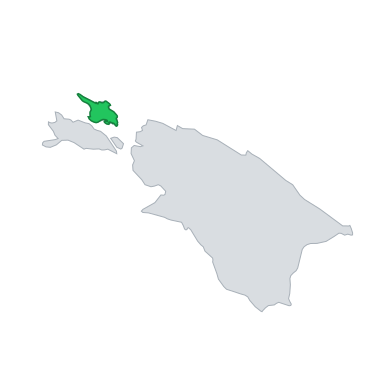 Hiiu on a map of Estonia (Equal Earth projection), rotated 32°
{"feature_id": "EST-1660", "entity_name": "Hiiu", "entity_type": "County", "adm_level": 1, "iso_a3": "EST", "parent_name": "Estonia", "parent_adm1": "", "projection": "equal_earth", "projection_center": [22.694, 58.888], "detail": "fine", "context": "in_parent", "style": "filled", "palette": "green", "viewbox_px": 384, "rotation_deg": 32, "n_neighbors": 0, "source": "natural_earth", "source_scale": "10m", "svg_char_len": 3684}
<svg xmlns="http://www.w3.org/2000/svg" viewBox="0 0 384 384"><g transform="rotate(32 192 192)"><path d="M314.8,256.4L313.6,256.6L306.4,255.8L298.4,253.3L294.9,251.4L291.5,251.4L287.4,252.6L272.8,256.2L269.2,255.4L260.6,251.9L256.3,248.0L246.6,240.4L245.8,238.6L244.5,237.1L234.4,235.3L230.6,232.5L227.5,232.1L222.9,230.7L211.0,224.7L208.0,224.1L207.3,225.1L207.6,226.6L206.8,227.4L205.3,227.3L202.6,225.2L199.2,223.2L189.1,226.9L185.4,227.8L182.2,228.0L166.1,232.8L161.2,235.4L159.2,235.1L159.6,232.7L166.2,220.6L167.2,211.0L169.7,209.7L170.4,208.4L169.3,205.3L162.3,203.4L159.5,203.7L157.0,206.9L154.4,209.3L148.3,210.7L142.9,208.2L130.5,204.9L127.3,200.5L126.6,196.0L120.0,191.7L117.2,186.7L118.3,183.2L124.2,180.9L125.9,178.9L118.4,179.2L116.9,178.7L116.6,176.9L113.2,170.7L116.1,168.3L117.4,166.0L115.0,164.0L115.6,161.7L117.5,159.4L116.3,154.1L123.6,151.3L130.8,149.3L145.9,148.3L144.4,143.4L150.5,143.2L160.8,137.4L171.0,138.4L185.8,134.4L214.2,134.5L218.1,132.2L217.3,129.9L217.4,127.4L222.7,128.1L231.7,127.7L265.4,132.5L273.6,132.5L285.2,137.5L291.4,138.7L309.6,138.7L337.8,140.9L343.1,137.6L343.6,136.7L346.4,138.6L349.9,141.6L350.9,143.3L349.8,144.3L346.4,145.2L345.7,146.1L344.3,147.7L340.4,148.0L338.4,149.1L336.1,154.3L331.9,162.8L325.3,169.3L319.9,172.8L317.5,175.6L316.1,178.9L315.9,182.2L321.9,200.4L322.0,203.6L320.8,207.0L320.1,210.5L320.9,213.5L324.6,218.6L328.7,226.3L330.4,231.2L332.9,233.0L335.3,234.3L335.9,235.1L335.8,236.0L334.6,237.0L324.0,239.6L322.6,241.7L321.6,244.2L317.0,247.8L315.7,251.2L314.9,255.0L314.8,256.4ZM72.0,189.0L75.6,190.5L78.9,190.0L82.3,189.0L89.6,189.9L106.3,197.4L107.9,199.4L97.9,200.3L95.6,202.6L93.2,204.2L90.4,204.7L85.6,208.0L79.1,211.1L77.7,212.9L65.9,212.6L59.4,213.7L54.2,217.2L52.0,223.9L48.2,229.2L44.3,231.1L40.2,231.4L39.3,229.4L39.7,227.4L48.3,220.0L50.1,217.6L45.8,216.5L42.3,214.0L34.5,211.0L33.1,208.6L35.0,208.4L36.7,207.7L38.8,205.7L39.7,203.3L33.6,196.6L36.8,195.5L40.7,195.8L44.7,197.7L49.2,195.4L51.1,195.1L54.1,195.9L57.3,191.4L64.7,190.0L68.4,188.6L72.0,189.0ZM87.5,176.4L83.4,179.4L80.9,178.2L79.6,176.8L74.2,183.6L68.2,184.8L64.6,183.4L65.0,180.9L61.5,174.2L56.3,172.3L48.9,172.1L43.6,169.3L64.2,167.5L66.3,164.3L70.5,161.0L73.6,160.6L76.3,161.4L76.8,164.0L77.5,165.0L86.8,166.5L90.4,170.8L91.8,176.0L87.5,176.4ZM108.9,193.3L104.6,193.9L94.6,189.6L96.9,186.7L99.8,185.5L108.3,187.3L109.5,191.8L108.9,193.3Z" fill="#d9dde1" stroke="#a8b0b8" stroke-width="1"/><path d="M55.5,172.3L52.2,172.8L50.6,172.7L43.9,170.4L43.0,169.8L43.6,168.8L45.5,168.6L49.3,168.9L64.2,167.7L63.2,167.3L63.1,166.9L63.8,166.7L64.9,167.1L65.5,167.1L65.4,164.9L66.3,164.4L67.4,164.3L68.3,164.1L69.1,163.6L69.8,162.7L69.9,162.2L69.9,161.7L70.0,161.2L70.5,160.7L71.0,160.5L73.2,160.7L74.5,160.8L76.0,161.1L76.9,161.7L75.7,163.4L76.2,164.4L77.2,165.2L78.0,165.6L83.1,165.4L88.0,166.9L88.8,167.7L89.0,168.3L88.7,169.3L88.8,169.8L89.3,170.4L90.3,170.9L90.7,171.3L91.1,171.6L91.8,172.2L92.1,172.5L92.3,172.8L92.3,173.1L92.3,173.8L92.5,174.2L92.8,174.3L93.2,174.3L93.3,174.4L93.4,175.6L93.1,176.2L92.3,176.3L90.2,175.4L89.7,175.2L89.2,175.2L88.8,175.4L88.7,175.8L88.4,176.0L87.8,175.6L86.9,175.9L86.1,175.9L85.3,176.1L84.6,176.9L85.1,176.9L85.5,177.0L85.6,177.4L85.7,177.9L85.6,178.7L85.4,178.8L85.0,178.8L84.5,179.2L83.5,179.5L82.1,179.5L80.7,179.2L80.1,178.6L80.7,177.9L81.8,177.4L82.6,176.9L82.2,176.3L81.4,176.2L80.1,176.6L78.9,177.2L78.0,177.7L76.9,179.2L75.2,182.7L73.9,184.0L71.7,184.7L68.9,185.0L66.1,184.5L64.2,183.2L64.6,183.0L65.1,182.7L65.9,181.9L65.2,181.2L64.3,180.1L63.5,178.9L63.1,177.9L63.1,176.4L63.0,175.6L62.5,174.9L60.1,173.1L58.7,172.5L57.2,172.2L55.5,172.3Z" fill="#22c55e" stroke="#15803d" stroke-width="1.5"/></g></svg>